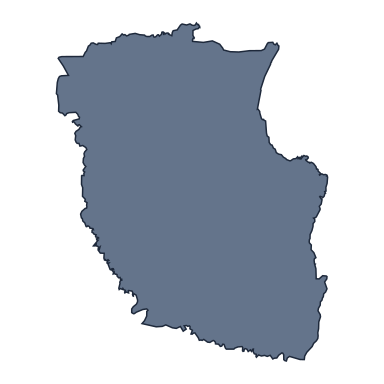 the district of Mananara-Avaratra, Analanjirofo, Madagascar
{"feature_id": "10022922B77596397547877", "entity_name": "Mananara-Avaratra", "entity_type": "district", "adm_level": 2, "iso_a3": "MDG", "parent_name": "Madagascar", "parent_adm1": "Analanjirofo", "projection": "natural_earth1", "projection_center": [49.534, -16.235], "detail": "fine", "context": "isolated", "style": "filled", "palette": "slate", "viewbox_px": 384, "rotation_deg": 0, "n_neighbors": 0, "source": "geoboundaries", "source_scale": "gbopen_adm2", "svg_char_len": 5887}
<svg xmlns="http://www.w3.org/2000/svg" viewBox="0 0 384 384"><path d="M58.2,58.4L63.2,65.8L68.5,75.4L61.4,75.8L59.5,76.5L58.3,78.6L57.3,82.4L56.4,93.7L57.6,95.0L58.8,105.2L58.6,111.2L60.2,112.7L62.5,113.1L64.9,115.7L66.1,114.8L66.6,113.6L69.0,112.7L75.8,112.3L77.7,114.2L78.5,116.3L79.5,117.2L79.2,118.9L73.3,120.5L72.4,121.5L72.6,122.2L73.5,121.8L74.4,122.3L75.4,123.9L77.9,126.0L78.4,125.0L79.3,124.7L81.4,126.7L80.4,127.0L78.9,129.4L76.0,131.4L74.8,133.3L75.7,135.7L75.2,139.9L76.1,142.2L77.2,143.4L79.0,143.4L79.9,146.1L82.8,145.5L85.9,147.6L86.8,149.5L84.7,151.9L84.0,153.7L84.5,156.4L83.4,158.4L83.1,162.5L84.4,165.0L85.8,166.5L83.2,170.0L83.3,170.9L84.7,172.0L83.9,173.2L84.0,175.6L82.0,175.4L81.6,175.8L81.5,184.4L82.7,187.7L82.5,196.3L85.3,199.3L84.8,201.3L87.0,202.6L86.6,205.3L86.9,206.7L86.6,208.1L85.2,208.4L81.9,211.3L80.6,214.1L81.4,217.9L82.3,218.5L82.8,221.0L84.8,222.9L86.1,226.5L86.8,226.7L87.9,225.8L89.5,226.7L89.9,228.1L93.0,228.6L93.4,229.7L92.7,229.6L92.1,230.4L92.0,232.3L93.5,233.2L94.0,234.2L96.1,234.8L95.5,236.1L95.7,236.9L98.5,237.6L98.6,238.0L96.5,238.9L96.9,240.0L98.1,240.2L93.4,245.9L94.2,246.0L95.2,244.6L96.2,244.2L95.9,245.9L97.6,246.2L99.0,247.7L100.0,246.9L99.3,249.4L98.2,248.8L98.1,250.0L100.3,253.1L104.2,253.3L103.9,258.1L104.5,260.0L105.5,259.6L105.7,260.4L107.0,260.6L108.0,259.7L108.8,260.4L107.4,261.2L107.0,262.5L107.2,263.2L108.9,263.0L108.0,264.0L110.1,269.5L110.8,269.8L112.1,268.6L113.3,268.7L113.6,269.4L111.9,270.2L113.2,271.6L114.1,271.4L114.2,272.3L113.4,272.8L113.2,274.0L114.5,273.5L115.3,274.2L116.7,274.3L117.1,274.8L117.0,275.9L118.6,277.8L120.1,277.5L120.4,279.1L121.7,279.2L121.8,280.2L120.6,280.4L119.8,282.1L120.0,283.5L118.8,288.2L119.2,289.5L120.3,288.6L122.5,289.4L122.9,288.5L123.6,289.7L125.4,290.4L124.6,292.1L124.9,292.9L126.1,292.0L128.6,292.9L128.3,290.6L128.7,290.5L132.0,291.1L132.9,292.9L132.5,294.3L132.9,295.9L133.4,296.1L133.4,294.6L134.2,293.9L136.1,295.1L137.6,300.1L137.5,301.9L136.4,304.2L133.3,306.7L131.7,309.0L131.7,312.6L133.4,313.7L134.4,313.6L136.3,312.2L142.8,309.5L146.7,308.9L148.0,310.2L146.8,311.4L146.7,316.1L144.5,320.7L142.0,323.6L156.2,326.8L162.3,326.4L165.8,324.9L172.4,327.8L176.3,328.4L180.4,326.5L183.2,331.2L186.2,329.1L184.2,325.8L186.5,325.5L187.7,326.3L189.5,325.9L190.1,326.7L189.9,328.8L192.4,330.3L191.0,334.0L192.1,334.2L193.5,333.1L194.9,332.9L198.3,337.8L199.3,340.3L201.0,340.0L202.2,340.4L203.8,339.4L207.5,342.1L209.9,342.4L213.1,340.5L213.8,340.6L215.4,342.2L215.5,343.9L218.6,344.2L220.3,346.4L221.7,346.1L222.8,344.2L224.0,344.4L225.4,348.1L226.3,349.1L233.9,349.1L234.9,348.1L238.0,346.9L242.0,346.6L242.7,347.5L242.5,350.8L243.0,351.4L243.9,351.2L244.3,349.3L245.1,348.6L246.9,349.2L248.2,351.5L250.4,349.9L251.4,351.4L252.8,349.2L253.4,349.1L253.1,351.5L254.3,353.8L256.3,354.3L256.0,356.5L256.4,357.2L258.6,355.0L261.4,356.0L264.6,355.4L267.2,356.4L270.2,355.3L272.8,359.0L274.3,358.2L276.8,358.0L278.7,355.2L281.9,352.9L282.8,353.2L283.7,354.8L283.8,359.7L285.0,360.7L286.4,361.0L287.3,358.0L289.5,356.4L300.0,359.5L304.3,359.6L304.7,356.1L306.8,352.3L312.2,346.5L313.6,343.4L316.4,340.8L317.8,338.5L318.1,335.9L317.8,332.7L318.6,328.7L318.8,321.9L320.5,316.8L320.2,314.6L318.0,310.8L318.5,308.2L320.2,305.2L320.4,301.8L321.9,300.3L322.6,297.6L323.3,296.9L323.7,293.8L325.6,292.0L327.0,288.8L324.6,282.0L326.8,278.9L327.0,276.6L326.3,276.0L322.7,275.7L319.1,278.9L316.2,278.8L315.9,268.7L314.8,264.7L315.3,264.1L314.5,263.8L314.1,260.2L314.5,258.6L315.9,257.7L313.9,252.7L311.1,249.7L311.3,245.0L309.4,242.9L309.2,241.6L309.4,239.6L310.0,238.7L310.1,234.5L311.9,230.7L313.0,226.5L313.1,223.6L314.8,221.5L314.7,219.2L313.6,218.1L315.8,217.4L316.4,216.7L320.0,209.8L320.1,208.8L319.3,206.3L321.2,204.1L322.0,199.9L321.9,198.9L321.4,199.1L319.7,196.7L320.1,196.3L323.0,197.4L324.1,196.3L324.9,193.5L325.5,193.2L324.7,191.6L326.0,191.1L325.9,187.3L327.1,183.4L327.6,177.2L327.2,175.8L326.6,175.9L326.8,175.1L325.6,174.5L323.4,174.7L321.8,173.8L319.6,175.1L319.4,174.7L320.3,174.2L320.2,173.0L318.1,171.1L318.0,169.5L316.9,168.8L316.7,169.7L316.0,166.7L313.5,163.5L311.4,162.3L309.9,163.0L309.8,162.4L308.4,162.3L305.9,160.3L305.8,159.9L306.3,160.1L308.3,157.9L308.0,156.8L306.8,156.0L305.7,156.3L303.9,155.5L302.5,157.1L301.9,156.1L300.6,157.6L301.4,158.5L301.0,159.0L299.4,158.8L299.5,157.4L298.7,157.4L298.0,158.4L297.5,156.9L295.9,158.6L293.3,158.9L290.7,160.7L289.7,160.8L286.4,159.5L285.9,158.6L283.4,157.2L281.4,154.7L278.6,154.1L276.3,152.6L275.2,149.2L273.4,148.1L272.1,145.1L270.7,144.7L269.2,142.5L268.9,137.3L267.2,136.0L266.5,133.2L265.6,121.0L264.0,120.2L263.6,119.4L262.4,119.6L261.4,118.4L259.8,113.0L259.7,111.4L257.8,108.9L257.4,109.1L261.0,90.2L260.6,89.3L264.7,76.5L270.6,64.2L270.6,63.2L271.4,62.1L271.6,62.5L271.4,61.8L272.0,60.4L278.6,49.3L278.9,46.0L278.1,45.5L276.9,43.2L275.3,44.8L273.8,44.1L272.8,42.3L268.3,42.6L267.4,43.5L264.5,49.1L261.2,50.6L249.5,50.7L238.8,52.0L230.2,51.7L223.6,50.0L222.7,48.1L219.7,44.2L212.4,40.9L203.4,42.4L192.6,41.4L192.5,39.6L193.1,38.4L193.8,38.7L194.3,37.9L192.9,35.4L193.0,30.5L196.0,29.0L198.1,28.7L199.0,27.5L199.8,27.6L199.6,26.2L198.3,25.1L198.5,24.5L197.3,24.2L196.4,23.0L195.3,24.9L194.0,25.5L192.1,25.2L190.0,23.9L186.6,25.0L182.1,24.0L180.5,25.1L177.2,29.9L173.2,30.7L172.3,32.5L171.8,35.7L168.7,34.3L169.0,33.8L168.0,33.0L166.1,33.2L165.3,33.9L164.3,32.9L163.7,35.0L163.4,32.4L163.0,31.9L161.9,32.2L161.4,34.4L159.4,36.1L158.5,34.8L157.5,34.9L155.7,36.8L154.6,37.1L153.8,36.9L153.1,35.0L151.8,35.2L149.8,36.5L146.9,36.5L145.3,36.0L144.6,35.1L139.7,34.7L135.2,33.4L129.2,34.4L128.7,35.2L126.6,35.9L124.9,34.6L123.6,35.0L122.1,33.9L119.7,36.6L116.4,37.9L115.2,41.5L111.8,41.8L111.2,43.8L110.4,42.7L105.1,43.4L98.2,43.2L97.6,44.5L96.2,44.4L93.2,42.9L91.2,43.2L89.8,45.2L88.4,46.1L86.5,51.0L85.2,52.4L83.2,56.5L61.8,56.6L59.1,57.2L58.2,58.4Z" fill="#64748b" stroke="#1e293b" stroke-width="1.5"/></svg>